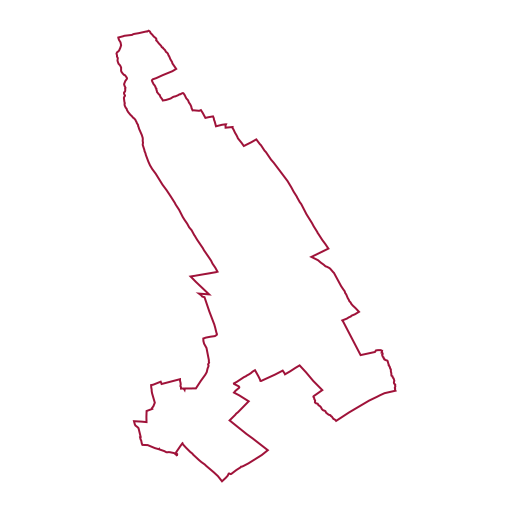 Dimitrie Cantemir, Vaslui, Romania (Robinson projection)
{"feature_id": "2599482B29035233418864", "entity_name": "Dimitrie Cantemir", "entity_type": "district", "adm_level": 2, "iso_a3": "ROU", "parent_name": "Romania", "parent_adm1": "Vaslui", "projection": "robinson", "projection_center": [28.052, 46.525], "detail": "fine", "context": "isolated", "style": "outline", "palette": "rose", "viewbox_px": 512, "rotation_deg": 0, "n_neighbors": 0, "source": "geoboundaries", "source_scale": "gbopen_adm2", "svg_char_len": 6007}
<svg xmlns="http://www.w3.org/2000/svg" viewBox="0 0 512 512"><path d="M336.1,420.9L349.1,412.4L369.1,400.6L377.0,396.8L380.3,395.1L384.5,393.2L395.5,390.7L395.0,389.5L395.1,388.4L394.9,388.2L394.8,387.8L395.3,386.6L395.1,385.4L395.3,384.9L395.1,384.4L394.3,383.8L394.0,383.2L393.9,382.2L394.3,380.8L393.6,378.4L392.8,377.6L392.5,376.3L391.5,375.7L391.4,375.3L391.3,373.1L390.9,371.6L390.8,369.3L390.2,368.6L389.8,366.9L389.4,366.5L389.2,365.8L388.7,365.3L388.8,364.8L388.5,364.2L387.6,361.0L386.9,360.4L385.9,360.2L384.4,359.5L384.1,359.0L384.2,358.7L383.7,358.4L383.6,357.4L382.8,356.8L382.1,354.8L382.7,354.0L382.6,353.6L382.4,353.4L382.2,352.5L381.6,352.5L382.0,350.9L381.7,350.9L381.0,350.2L380.5,350.1L378.3,350.1L376.0,350.4L374.9,352.0L360.6,355.1L343.2,321.7L342.3,320.4L346.9,318.6L348.7,317.4L350.8,316.5L351.5,315.7L354.9,314.3L359.0,311.8L355.4,308.0L352.7,305.5L351.1,303.6L350.7,302.6L349.3,301.1L348.8,299.8L347.8,298.2L346.2,294.4L345.2,293.0L344.7,291.3L343.1,289.1L341.1,286.1L333.9,272.8L333.3,272.3L330.2,268.7L329.3,268.0L327.0,266.8L325.5,266.3L323.6,264.6L320.9,262.7L318.0,260.2L311.4,256.9L328.4,248.6L325.3,244.0L322.3,240.0L318.5,234.1L317.5,232.7L317.4,232.2L313.7,226.3L312.0,223.1L306.5,214.3L301.2,204.0L299.8,202.2L297.0,197.2L296.9,196.8L293.6,191.6L291.3,187.3L287.5,181.0L273.7,162.7L271.0,159.6L266.0,152.2L264.5,150.6L260.9,145.1L260.0,144.3L256.3,139.4L251.2,142.3L243.8,146.0L241.7,143.0L237.9,138.3L237.3,136.8L236.2,134.7L235.1,132.9L233.4,129.3L232.6,128.2L232.6,127.0L225.6,127.7L225.5,125.4L226.0,124.3L225.6,124.3L221.9,124.8L216.0,126.3L214.7,121.5L214.0,119.7L213.8,118.3L213.0,116.4L208.5,117.2L205.4,117.9L202.7,112.9L200.9,110.1L199.2,110.8L193.7,110.3L192.6,110.4L191.6,108.2L191.2,106.4L190.2,104.3L188.9,102.5L188.3,100.9L187.9,100.1L186.3,98.4L184.7,95.1L183.6,93.5L183.1,93.1L182.5,93.1L180.0,94.4L179.5,94.3L178.1,95.2L175.3,96.4L174.3,96.5L172.6,97.2L171.2,98.2L169.8,98.8L165.9,100.0L162.8,100.5L162.3,99.4L160.3,96.7L159.7,94.9L159.0,94.5L157.0,92.0L156.8,90.6L156.3,89.7L156.5,88.9L156.3,88.5L155.7,87.9L155.3,86.5L154.5,85.2L153.7,84.4L152.1,81.2L151.9,80.3L152.8,79.3L156.3,78.1L162.6,75.2L172.4,71.2L176.2,68.9L172.4,63.4L172.1,62.1L170.4,59.3L169.1,56.1L168.7,55.8L167.9,53.7L167.3,52.9L165.8,51.7L165.2,50.3L162.8,47.9L162.8,47.6L161.8,47.2L161.1,45.8L158.8,43.4L157.2,41.3L156.2,40.4L156.4,39.1L155.5,37.8L154.5,37.2L153.3,36.0L152.2,34.6L150.6,33.1L150.2,32.1L149.6,31.3L148.6,30.7L147.0,31.6L146.6,31.4L138.6,33.2L134.3,33.9L133.2,34.2L132.0,34.9L124.3,35.8L123.3,36.2L118.3,37.5L118.4,38.1L119.0,39.9L120.5,42.3L121.1,45.3L120.3,47.8L119.1,50.5L118.4,51.3L117.0,52.4L116.5,53.6L117.0,55.4L117.0,56.6L117.8,58.1L117.5,60.5L117.7,61.4L118.5,63.7L120.1,65.4L121.1,67.5L121.1,70.8L121.4,71.7L122.6,73.4L124.0,74.9L124.7,75.0L125.7,76.1L126.8,77.7L127.0,78.4L126.8,79.0L125.3,81.0L124.2,83.8L124.1,84.3L124.5,85.7L125.5,87.9L125.1,88.6L125.3,90.0L125.0,91.6L124.1,92.4L124.0,93.2L124.3,94.3L125.0,95.5L125.0,95.8L124.3,96.8L123.9,97.9L124.4,101.9L124.8,103.2L124.5,103.9L124.7,105.5L125.7,107.7L126.6,108.7L126.9,109.9L128.1,112.0L130.4,114.8L131.9,116.2L133.1,117.7L133.9,118.2L135.3,119.7L136.1,121.4L136.6,122.2L136.8,123.0L137.9,124.7L138.1,125.2L138.1,126.0L138.6,127.1L139.0,128.6L141.8,135.0L142.7,137.9L142.8,139.1L142.7,140.9L143.0,142.7L142.7,144.8L144.4,150.1L144.5,151.0L145.5,153.4L145.8,154.8L148.3,161.5L150.0,165.3L152.2,169.0L155.7,173.7L162.5,184.7L166.6,190.2L170.9,196.7L174.9,203.0L175.6,204.5L179.1,209.8L182.7,216.9L184.5,219.8L187.2,223.7L189.2,227.4L191.6,230.2L194.3,235.2L195.0,236.1L195.7,237.4L197.3,240.0L202.8,248.1L204.0,250.3L209.1,257.7L211.1,260.7L212.5,263.6L215.3,267.7L217.5,271.7L215.8,272.2L190.6,276.5L196.2,282.2L209.1,294.4L199.0,293.6L201.0,295.1L202.3,296.6L204.5,297.2L209.3,311.4L214.3,324.5L215.2,327.7L216.4,332.6L216.9,334.0L216.9,334.5L216.7,334.9L214.9,336.1L210.5,336.7L205.9,337.6L203.3,338.5L203.4,341.0L204.1,343.7L206.5,348.0L208.9,360.3L208.8,361.3L209.1,362.6L208.1,364.3L208.2,364.9L208.5,365.4L208.4,366.5L207.6,368.4L206.7,372.2L205.3,374.7L200.8,380.9L195.9,388.4L184.6,388.5L184.7,389.4L184.6,389.9L184.3,389.4L183.2,388.5L181.0,388.6L181.0,387.2L180.4,386.1L180.7,384.5L180.6,383.1L180.0,380.7L180.0,379.2L161.6,384.0L160.7,381.7L153.2,384.7L151.1,385.1L151.3,387.9L151.6,389.2L151.7,391.2L152.1,393.4L154.8,402.7L153.4,406.2L152.0,408.1L152.3,408.9L146.6,411.0L146.4,416.8L146.5,422.1L141.3,421.6L134.0,421.2L134.8,424.3L135.4,425.5L137.6,427.2L138.4,428.0L138.7,428.9L140.7,437.1L140.6,437.4L140.1,437.4L140.6,439.4L141.2,440.5L141.8,443.5L142.4,444.9L147.7,445.1L154.9,448.1L159.1,449.3L159.3,449.0L159.6,449.5L164.3,451.1L166.3,452.2L167.3,452.3L168.4,452.1L169.9,452.2L174.2,453.1L176.5,455.0L177.1,456.0L176.9,455.3L177.2,454.2L176.1,452.9L176.1,452.3L180.7,445.6L182.5,443.2L182.6,443.3L182.6,444.0L185.9,447.6L190.2,451.9L192.5,453.7L192.9,454.4L198.7,459.8L201.4,462.1L204.8,464.5L206.1,465.8L213.9,472.4L217.9,476.1L222.0,481.3L225.8,477.8L227.7,475.7L228.7,473.6L229.2,473.5L230.7,474.1L231.3,473.9L236.4,470.0L240.5,467.4L241.0,466.7L242.0,466.6L243.2,466.1L248.4,463.4L261.8,455.0L267.8,450.2L252.6,438.4L246.5,434.0L229.6,420.4L235.4,414.7L236.1,413.7L237.9,412.3L248.7,401.3L239.3,395.4L234.0,392.6L235.4,390.9L239.0,387.9L239.2,387.6L239.3,387.2L238.7,386.3L234.0,383.9L233.9,383.4L236.9,381.8L244.0,377.1L246.0,376.2L246.5,375.7L249.1,374.3L251.2,372.9L251.9,372.2L253.1,371.3L255.0,370.2L258.3,376.1L259.9,379.3L260.4,380.9L261.0,381.0L275.0,374.6L282.7,370.6L284.6,373.4L285.0,374.3L290.2,371.3L295.4,367.9L299.6,365.4L306.0,372.3L313.2,380.9L322.3,390.1L313.6,396.2L313.4,396.6L313.5,397.0L314.2,398.1L314.3,399.1L315.1,400.5L315.1,401.1L314.9,402.1L315.0,402.5L316.2,403.4L317.6,403.7L318.2,404.5L318.4,405.2L319.9,406.1L321.0,407.3L321.8,409.0L322.9,410.1L324.0,410.6L324.4,410.6L325.4,411.2L326.1,412.7L328.6,414.7L330.4,415.2L330.8,416.0L331.8,416.6L333.5,419.0L334.2,419.2L335.5,420.1L336.1,420.9Z" fill="none" stroke="#9f1239" stroke-width="2"/></svg>